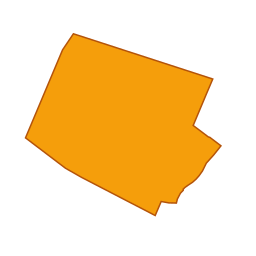 outline of Santa Inés Yatzeche, Oaxaca, Mexico, rotated 109°
{"feature_id": "50627088B94233573248712", "entity_name": "Santa Inés Yatzeche", "entity_type": "district", "adm_level": 2, "iso_a3": "MEX", "parent_name": "Mexico", "parent_adm1": "Oaxaca", "projection": "orthographic", "projection_center": [-96.757, 16.806], "detail": "fine", "context": "isolated", "style": "filled", "palette": "amber", "viewbox_px": 256, "rotation_deg": 109, "n_neighbors": 0, "source": "geoboundaries", "source_scale": "gbopen_adm2", "svg_char_len": 491}
<svg xmlns="http://www.w3.org/2000/svg" viewBox="0 0 256 256"><g transform="rotate(109 128 128)"><path d="M201.9,73.8L186.7,72.7L185.5,64.9L183.2,57.8L179.1,58.2L172.6,57.2L168.9,55.5L167.8,55.9L167.4,55.6L165.8,54.9L162.7,52.7L158.3,49.3L154.2,47.0L150.1,45.3L144.4,43.6L135.7,42.5L125.6,38.2L114.6,34.3L110.2,47.6L110.3,49.1L104.4,67.2L69.5,64.9L54.1,63.8L56.7,210.3L75.4,215.3L170.7,221.7L186.4,174.0L189.8,155.8L201.9,73.8Z" fill="#f59e0b" stroke="#b45309" stroke-width="1.5"/></g></svg>